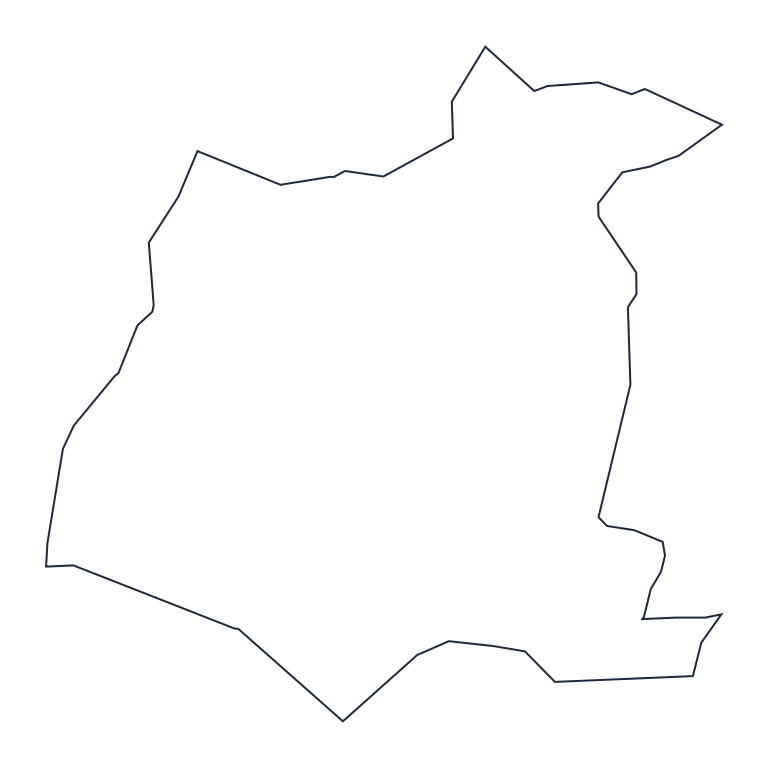 outline of Urue Offong/Oruko, Akwa Ibom, Nigeria
{"feature_id": "59680162B91433810506609", "entity_name": "Urue Offong/Oruko", "entity_type": "district", "adm_level": 2, "iso_a3": "NGA", "parent_name": "Nigeria", "parent_adm1": "Akwa Ibom", "projection": "orthographic", "projection_center": [8.177, 4.73], "detail": "fine", "context": "isolated", "style": "outline", "palette": "slate", "viewbox_px": 768, "rotation_deg": 0, "n_neighbors": 0, "source": "geoboundaries", "source_scale": "gbopen_adm2", "svg_char_len": 847}
<svg xmlns="http://www.w3.org/2000/svg" viewBox="0 0 768 768"><path d="M485.3,46.7L451.8,101.7L453.0,138.4L383.4,176.5L344.9,171.0L333.8,177.0L329.7,176.9L280.5,184.8L197.5,151.1L178.5,196.5L148.8,242.6L153.7,305.1L152.3,311.8L137.4,325.5L118.5,373.0L114.5,376.3L73.8,425.6L62.9,448.9L47.4,543.2L46.1,566.6L73.4,565.4L234.9,628.7L238.2,628.8L342.9,721.3L417.2,655.0L448.8,641.2L492.3,645.9L525.0,651.4L554.9,681.9L692.9,676.1L701.3,642.7L721.3,614.4L705.1,617.6L675.9,617.6L642.4,619.1L644.1,616.3L650.8,589.0L661.0,571.8L665.0,555.6L662.7,541.9L634.3,530.2L607.1,526.0L598.5,517.2L630.4,384.8L627.9,307.2L636.5,294.1L636.2,272.5L598.6,216.7L598.1,203.5L613.5,183.7L622.4,172.3L650.3,166.5L666.2,160.0L678.5,155.9L721.9,124.7L644.9,89.0L631.6,94.2L598.3,82.4L547.6,86.0L534.2,91.0L485.3,46.7Z" fill="none" stroke="#1e293b" stroke-width="2"/></svg>